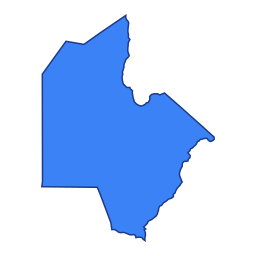 Matões do Norte, Maranhão, Brazil
{"feature_id": "56859067B74601498618575", "entity_name": "Matões do Norte", "entity_type": "district", "adm_level": 2, "iso_a3": "BRA", "parent_name": "Brazil", "parent_adm1": "Maranhão", "projection": "robinson", "projection_center": [-44.413, -3.75], "detail": "fine", "context": "isolated", "style": "filled", "palette": "blue", "viewbox_px": 256, "rotation_deg": 0, "n_neighbors": 0, "source": "geoboundaries", "source_scale": "gbopen_adm2", "svg_char_len": 1963}
<svg xmlns="http://www.w3.org/2000/svg" viewBox="0 0 256 256"><path d="M42.5,181.5L41.8,186.7L97.3,187.3L100.3,194.5L110.9,222.7L111.8,229.6L114.6,229.6L116.5,230.6L118.6,232.2L120.9,232.7L122.5,232.4L124.7,232.6L127.1,233.6L129.3,234.6L131.6,234.9L133.9,234.5L135.5,235.6L135.9,237.6L138.3,237.2L140.4,237.2L142.0,237.7L143.3,239.4L145.0,240.6L144.8,238.5L145.4,235.6L145.4,232.8L144.2,229.6L145.7,229.0L143.6,227.0L146.0,224.8L147.4,223.2L148.0,221.5L149.3,220.6L151.6,219.6L154.5,217.3L156.1,216.0L157.2,214.3L158.4,210.5L158.8,207.8L159.6,206.2L161.5,205.4L163.5,202.8L166.4,201.0L168.4,199.1L171.5,198.2L173.4,196.7L173.3,194.3L175.0,193.0L175.9,190.5L177.0,188.5L178.3,186.9L179.8,185.6L180.8,183.8L182.2,181.9L181.2,179.8L180.6,178.2L179.7,176.2L179.4,173.9L179.7,172.0L180.4,170.0L181.1,168.2L182.2,166.4L182.4,163.1L184.1,161.3L186.2,161.3L187.9,161.0L188.3,159.2L189.9,157.7L190.2,155.6L187.9,152.6L189.6,151.1L190.6,148.8L192.5,147.9L194.5,146.0L196.4,144.1L197.4,141.6L199.2,140.9L200.2,139.4L202.0,139.2L203.5,138.6L205.3,138.4L207.2,138.5L208.4,140.4L210.3,141.5L212.6,140.7L214.2,139.2L214.1,137.1L207.7,131.4L205.6,129.4L196.3,121.1L193.3,118.4L190.5,116.0L182.2,108.5L164.5,93.0L159.8,94.9L157.7,93.8L154.5,93.7L151.5,94.5L149.7,96.4L149.8,99.5L148.4,102.4L146.4,102.8L145.0,104.5L143.6,105.2L141.3,106.1L138.7,105.3L136.4,104.0L134.2,101.6L133.6,99.1L133.0,97.3L132.7,94.9L132.3,93.0L132.4,90.6L130.6,89.2L129.9,87.5L128.3,87.4L126.6,87.4L124.8,85.4L123.4,84.2L122.9,82.5L122.3,79.7L122.0,76.7L122.8,74.4L122.4,72.2L123.5,68.7L124.0,67.0L123.9,64.9L124.4,63.2L125.2,61.7L125.7,59.6L127.9,57.5L129.2,55.8L128.5,53.4L127.8,51.4L127.8,48.0L128.1,45.7L128.3,42.6L129.9,39.5L128.4,37.7L128.4,34.5L127.9,31.9L127.9,29.4L128.4,25.2L128.7,22.8L128.0,21.3L126.4,19.4L125.7,17.4L125.8,15.4L100.0,33.0L87.3,42.0L83.9,44.4L66.0,41.3L42.3,74.2L42.3,80.1L42.4,120.0L42.4,131.3L42.5,175.3L42.5,181.5Z" fill="#3b82f6" stroke="#1e3a8a" stroke-width="1.5"/></svg>